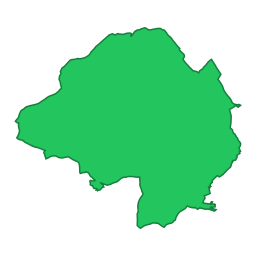 Iclanzel, Mures, Romania (Albers equal-area conic projection), rotated 270°
{"feature_id": "2599482B66807271844758", "entity_name": "Iclanzel", "entity_type": "district", "adm_level": 2, "iso_a3": "ROU", "parent_name": "Romania", "parent_adm1": "Mures", "projection": "albers", "projection_center": [24.269, 46.544], "detail": "fine", "context": "isolated", "style": "filled", "palette": "green", "viewbox_px": 256, "rotation_deg": 270, "n_neighbors": 0, "source": "geoboundaries", "source_scale": "gbopen_adm2", "svg_char_len": 5752}
<svg xmlns="http://www.w3.org/2000/svg" viewBox="0 0 256 256"><g transform="rotate(270 128 128)"><path d="M196.6,211.5L196.3,211.2L196.0,210.4L193.9,208.1L190.7,205.7L189.5,204.3L188.4,203.4L187.2,202.7L186.0,200.7L185.4,199.9L185.1,199.6L183.2,198.8L184.3,197.0L185.3,193.3L185.5,192.8L187.9,190.5L188.2,189.9L190.3,188.2L193.3,185.4L196.7,182.9L198.9,184.2L199.6,184.4L200.9,184.3L201.5,183.9L202.1,183.4L206.0,179.3L207.4,179.8L207.7,179.7L208.7,178.5L210.9,176.6L213.6,174.6L214.8,173.5L218.0,171.2L219.2,170.0L220.4,168.5L221.0,167.9L221.8,167.4L222.3,166.9L223.2,166.6L224.0,165.8L225.7,164.6L225.9,164.2L226.1,162.7L226.5,162.0L227.5,160.5L227.6,159.1L227.5,157.0L227.0,154.9L226.7,152.7L226.3,151.6L226.1,150.1L226.1,149.5L226.2,148.3L227.5,146.6L228.1,145.2L228.2,144.7L228.2,144.4L227.6,143.0L227.2,141.2L226.4,140.1L226.0,137.3L225.7,136.8L225.1,136.2L225.1,135.5L224.8,135.1L223.9,134.3L221.9,133.1L221.3,132.5L220.4,131.9L220.0,131.6L219.9,131.1L220.0,130.9L220.4,130.8L221.1,131.1L221.7,131.6L222.2,131.6L222.4,131.4L222.7,130.8L223.0,129.7L222.7,126.5L222.1,124.7L221.7,124.2L221.6,123.6L221.7,122.9L221.7,121.9L221.9,120.5L221.9,119.6L222.0,119.1L222.4,118.5L222.4,118.2L222.2,117.4L221.8,116.4L221.0,115.3L220.9,115.1L221.4,114.5L221.9,113.0L222.2,112.7L222.2,112.2L221.2,109.8L221.2,109.4L216.5,104.1L213.1,100.2L211.2,98.1L209.9,96.4L209.2,95.7L207.6,94.5L204.0,91.1L202.0,89.9L201.2,89.2L200.1,87.9L198.5,85.3L197.7,82.7L197.2,79.9L197.2,79.2L197.5,78.2L197.5,77.7L196.7,75.0L196.4,71.8L195.8,70.1L189.5,64.3L188.1,62.2L184.6,60.4L183.9,60.5L183.0,60.8L182.3,60.9L181.6,60.6L180.6,59.9L179.9,59.6L179.3,59.4L176.4,59.1L174.6,60.1L172.1,60.5L167.9,61.5L167.7,61.4L166.0,59.5L165.4,59.2L164.6,58.4L163.0,56.5L162.1,55.1L161.0,52.7L160.0,49.8L159.2,48.2L157.4,45.6L156.5,44.7L156.2,44.0L155.9,43.7L155.3,42.5L154.9,42.0L152.8,38.9L152.0,37.0L151.0,33.2L150.2,29.6L149.1,26.2L148.7,25.6L147.0,23.7L146.6,23.2L146.4,22.5L145.2,21.0L144.3,20.5L141.8,19.4L138.3,18.4L135.5,15.9L134.6,15.4L133.1,17.4L133.1,18.6L129.6,18.5L125.5,19.5L124.8,19.5L123.5,19.2L120.6,18.2L118.2,16.8L117.1,17.9L116.4,19.4L116.0,21.7L115.8,22.2L115.2,23.2L113.9,24.7L110.4,31.5L110.4,32.0L110.1,32.0L109.2,34.2L108.7,35.9L108.8,36.1L108.1,38.6L107.5,40.3L105.9,44.0L105.6,45.2L105.4,45.3L105.3,45.1L104.8,44.4L104.3,44.1L103.6,43.9L103.0,43.9L102.6,44.0L101.5,44.8L99.9,45.0L98.2,45.7L97.1,45.9L97.1,46.0L97.5,46.8L98.4,48.7L99.6,50.7L100.0,52.0L100.1,53.6L100.0,55.9L99.9,56.2L99.1,57.5L98.4,59.2L98.1,60.9L98.0,61.7L98.1,62.6L99.1,67.3L99.4,67.6L99.4,67.9L99.1,68.6L97.1,71.8L96.6,72.4L95.7,74.4L95.1,75.3L94.9,76.3L94.6,76.9L94.1,77.8L93.2,78.9L90.1,79.5L87.9,79.7L84.1,79.8L83.4,79.9L82.5,80.3L83.0,81.8L83.4,82.7L83.3,84.1L83.6,84.5L83.8,85.8L84.1,85.9L83.9,86.9L83.6,87.3L83.4,88.1L81.4,89.6L80.6,89.9L79.5,90.6L78.7,92.2L77.7,92.7L76.9,93.5L76.4,94.6L75.5,95.0L74.9,93.1L75.6,90.7L75.4,90.1L74.4,89.9L73.1,90.3L71.1,90.3L70.7,91.0L70.4,92.0L69.8,92.8L68.9,93.2L68.1,93.5L67.6,93.9L67.4,95.8L67.3,96.8L66.0,96.2L66.1,96.6L65.2,97.5L65.6,97.9L65.8,98.5L65.9,99.7L66.2,100.2L68.8,102.6L68.8,102.9L68.9,103.8L71.2,103.1L72.8,100.9L73.0,100.7L73.3,100.9L71.8,104.2L71.0,106.6L70.9,107.3L71.1,108.6L71.8,110.8L72.9,113.0L74.3,117.2L77.9,121.5L78.8,123.9L78.8,126.1L79.5,127.8L79.4,133.3L79.1,134.4L78.8,137.7L78.9,138.9L78.8,139.7L77.9,139.6L74.3,140.0L71.4,139.9L70.4,140.0L65.7,141.7L64.7,141.9L62.5,142.9L61.3,142.8L58.0,140.4L55.8,139.3L53.5,138.4L50.8,137.9L49.9,137.8L45.1,138.2L44.2,138.0L42.0,137.2L35.5,137.4L30.6,137.2L29.3,138.4L28.4,139.5L28.2,139.9L27.8,140.3L28.3,141.4L30.1,144.0L31.2,146.7L31.3,147.8L31.7,148.9L31.8,149.6L32.1,150.8L32.7,151.6L32.8,152.2L33.0,152.5L33.1,153.5L32.7,157.7L32.5,158.3L29.5,162.6L28.7,164.1L31.1,166.1L31.5,166.6L32.0,168.2L32.5,169.0L32.6,169.6L32.6,170.7L32.8,171.2L33.8,172.9L35.1,173.7L35.2,173.9L35.3,174.5L35.5,174.9L37.0,175.7L38.3,175.9L38.8,176.1L39.7,176.7L41.7,177.7L44.1,179.7L44.6,180.3L45.2,181.8L45.6,182.0L46.4,183.6L46.9,184.1L47.1,184.7L47.2,184.9L49.0,186.5L50.0,187.3L49.0,189.5L48.4,191.8L48.1,194.4L48.2,194.6L48.6,195.0L46.7,197.5L47.3,198.3L48.0,199.5L47.7,201.9L47.0,204.3L46.8,205.6L46.9,207.8L46.7,209.4L46.0,211.1L44.9,214.5L46.4,216.1L47.2,213.1L48.2,210.4L49.0,210.9L48.7,211.9L48.9,213.0L49.1,215.1L51.4,215.2L51.5,214.6L51.9,214.5L51.9,211.4L54.1,212.5L54.3,211.5L51.9,209.9L52.8,204.4L53.3,202.9L55.2,203.5L56.8,204.4L57.2,204.8L57.6,205.0L58.6,204.9L60.1,204.3L62.5,210.1L67.7,209.0L67.9,209.6L68.2,209.9L68.4,209.6L68.4,209.4L69.1,208.7L69.7,210.7L70.5,209.9L71.5,210.5L71.8,210.4L72.1,210.5L72.2,210.8L72.7,211.3L72.8,211.2L73.3,211.9L73.5,212.3L75.4,212.2L79.1,215.9L80.3,217.4L80.0,217.9L79.2,219.1L79.1,219.4L79.5,219.9L79.6,220.6L80.6,221.4L81.3,222.9L82.3,223.7L84.3,225.7L86.6,227.7L87.3,228.7L87.8,229.1L88.6,230.2L89.0,230.4L89.1,230.6L89.4,230.8L92.7,231.6L93.2,232.1L93.5,232.4L94.1,232.5L94.6,232.2L94.8,232.4L94.7,232.8L94.9,233.0L95.2,233.3L95.5,233.2L95.7,233.3L95.7,234.1L95.6,234.4L95.9,235.5L96.1,235.8L99.1,237.2L100.6,236.7L102.6,239.9L104.2,239.3L104.6,240.5L106.5,239.7L107.7,239.0L108.0,238.9L109.5,240.0L111.5,240.6L112.6,240.6L114.0,239.8L114.8,239.1L115.1,238.7L116.2,238.0L117.5,237.8L118.9,236.5L119.9,236.1L119.9,235.9L120.1,235.7L122.1,234.8L122.6,233.7L124.2,232.8L126.0,232.5L127.0,231.6L127.7,230.4L128.9,230.3L132.8,230.9L139.3,231.2L141.0,231.0L146.3,229.5L147.2,230.5L147.4,231.2L148.7,233.4L149.4,234.4L150.6,235.4L148.8,238.2L150.7,240.6L151.6,238.9L151.2,238.3L151.7,234.6L153.0,232.6L153.9,231.7L154.6,231.5L154.8,231.7L157.4,230.2L160.6,227.4L163.4,225.3L165.9,223.8L167.9,223.2L169.7,222.5L172.6,220.9L175.3,219.0L176.5,217.8L181.7,220.9L188.7,216.3L189.6,215.9L196.6,211.5Z" fill="#22c55e" stroke="#15803d" stroke-width="1.5"/></g></svg>